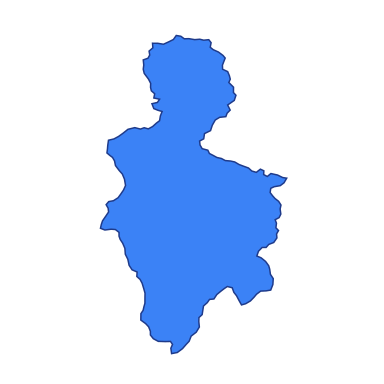 Jeceaba, Minas Gerais, Brazil, rotated 262°
{"feature_id": "56859067B20881442206029", "entity_name": "Jeceaba", "entity_type": "district", "adm_level": 2, "iso_a3": "BRA", "parent_name": "Brazil", "parent_adm1": "Minas Gerais", "projection": "natural_earth1", "projection_center": [-44.042, -20.555], "detail": "fine", "context": "isolated", "style": "filled", "palette": "blue", "viewbox_px": 384, "rotation_deg": 262, "n_neighbors": 0, "source": "geoboundaries", "source_scale": "gbopen_adm2", "svg_char_len": 2731}
<svg xmlns="http://www.w3.org/2000/svg" viewBox="0 0 384 384"><g transform="rotate(262 192 192)"><path d="M56.2,130.9L52.1,133.3L48.8,137.8L47.6,144.7L47.0,149.9L43.8,151.5L40.2,149.3L34.8,149.3L35.1,155.1L38.2,160.8L41.8,164.9L44.6,168.4L49.4,171.1L52.6,176.7L57.3,180.5L62.7,180.7L66.7,181.4L69.2,185.0L73.5,186.3L77.5,187.5L80.3,191.7L83.2,194.4L83.0,198.8L87.0,202.3L89.7,206.7L91.7,210.2L93.5,213.8L91.6,218.5L86.8,219.5L83.0,221.7L78.2,223.4L73.3,225.3L73.9,229.6L76.0,234.7L79.1,238.7L81.8,241.7L84.3,246.2L83.8,251.6L83.9,256.3L89.1,259.2L94.9,260.4L99.6,258.2L104.8,258.2L108.3,257.7L113.0,255.2L117.2,251.3L119.6,247.3L124.1,249.6L127.3,253.7L126.8,257.7L129.4,260.7L130.6,265.9L134.7,269.7L138.7,269.9L141.8,272.3L144.9,270.1L149.3,271.3L153.0,270.5L154.5,274.7L157.8,276.9L162.9,276.9L166.7,278.3L170.7,276.5L174.0,273.3L177.0,271.3L180.6,269.3L184.7,270.5L185.8,274.2L186.0,280.3L188.3,284.4L192.5,287.7L193.7,283.8L196.9,279.1L199.3,272.7L196.9,268.7L199.3,265.4L203.0,266.1L205.1,262.9L202.5,258.4L204.5,254.1L207.9,251.3L210.6,246.2L212.7,242.4L215.8,238.5L217.3,234.5L218.5,229.3L221.1,225.8L222.7,221.5L225.6,217.6L227.7,214.6L231.2,213.5L233.5,208.1L237.4,206.5L241.4,206.6L243.0,211.0L248.1,212.5L250.2,218.9L255.3,221.4L260.1,225.1L262.1,229.8L261.9,236.0L265.1,237.7L267.8,241.2L273.2,239.4L276.8,246.6L281.7,249.0L284.7,246.9L290.0,247.7L295.3,243.7L298.4,245.6L302.0,245.2L306.2,244.1L309.3,239.4L313.4,239.8L316.8,241.7L320.0,243.5L322.9,241.7L326.9,237.7L330.0,232.8L332.8,230.2L337.2,231.7L340.5,229.8L340.7,224.7L342.2,221.0L342.5,215.9L344.3,210.2L344.8,205.7L347.8,202.6L349.2,198.2L345.6,194.8L343.9,189.7L342.3,184.3L344.0,178.9L344.8,173.6L340.2,173.3L337.5,169.1L333.5,169.2L330.6,167.0L329.6,162.1L324.4,161.9L320.4,160.8L316.1,161.2L309.9,164.6L305.3,166.2L301.4,165.5L297.9,165.8L294.5,168.7L290.4,167.3L288.4,172.8L285.5,170.2L285.0,164.6L279.9,165.8L277.7,169.6L275.9,173.6L271.8,171.3L267.1,169.8L265.2,166.4L262.3,162.1L260.6,157.5L262.3,153.6L261.5,149.7L263.7,144.3L263.0,137.3L259.8,131.9L257.2,126.9L255.4,122.0L254.9,116.5L249.7,115.0L246.5,114.3L242.5,113.2L239.8,115.6L237.3,118.1L233.6,119.6L228.8,119.9L223.4,122.9L219.5,125.5L214.2,126.9L207.7,127.1L203.4,124.4L200.0,121.3L196.6,118.0L194.3,113.0L194.1,108.2L191.4,105.2L187.6,106.7L183.8,106.6L179.6,102.8L175.9,99.4L172.5,97.7L168.8,96.3L166.5,100.4L166.4,106.8L165.5,110.9L162.2,114.1L158.4,113.6L155.0,114.3L151.0,116.2L145.5,117.7L139.7,117.3L134.3,119.1L128.2,119.5L123.3,121.8L120.4,126.5L116.0,125.6L112.7,128.4L108.6,129.9L102.8,130.8L98.4,131.4L93.9,130.7L88.4,129.9L85.0,128.4L81.6,127.1L78.7,124.5L72.3,123.5L68.1,127.8L64.5,130.3L59.8,131.4L56.2,130.9Z" fill="#3b82f6" stroke="#1e3a8a" stroke-width="1.5"/></g></svg>